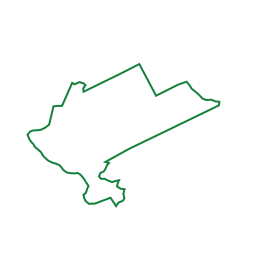 Sete de Setembro, Rio Grande do Sul, Brazil, rotated 244°
{"feature_id": "56859067B16133664835156", "entity_name": "Sete de Setembro", "entity_type": "district", "adm_level": 2, "iso_a3": "BRA", "parent_name": "Brazil", "parent_adm1": "Rio Grande do Sul", "projection": "natural_earth1", "projection_center": [-54.476, -28.157], "detail": "fine", "context": "isolated", "style": "outline", "palette": "green", "viewbox_px": 256, "rotation_deg": 244, "n_neighbors": 0, "source": "geoboundaries", "source_scale": "gbopen_adm2", "svg_char_len": 1148}
<svg xmlns="http://www.w3.org/2000/svg" viewBox="0 0 256 256"><g transform="rotate(244 128 128)"><path d="M87.4,58.6L84.3,58.0L81.3,57.8L77.0,59.6L74.5,65.3L73.8,73.7L73.4,76.9L73.0,81.7L63.0,83.1L65.1,86.6L64.9,91.6L66.5,94.0L71.0,95.0L74.5,98.1L76.7,94.7L80.2,92.5L83.1,94.7L85.0,97.0L85.8,93.8L86.4,90.0L89.6,87.0L92.7,84.6L94.3,81.4L97.2,80.7L99.7,83.4L99.6,87.2L101.2,89.9L103.7,92.7L104.9,95.5L107.4,92.8L108.8,120.4L108.6,165.8L108.5,219.6L111.5,221.6L113.5,218.4L117.0,215.1L118.7,210.9L121.7,207.9L126.6,206.4L130.7,204.7L135.3,202.5L139.7,202.0L143.9,200.9L145.0,192.0L144.7,167.4L180.5,166.2L180.4,160.2L180.1,143.8L180.1,104.0L183.3,105.1L185.2,108.6L187.8,107.5L190.5,104.5L190.7,99.2L193.0,97.6L176.8,78.4L178.8,74.4L180.1,70.5L165.6,58.6L164.6,53.9L164.6,49.0L166.1,44.5L167.4,41.7L167.7,38.5L166.0,34.8L160.8,34.4L157.3,35.1L154.8,35.9L152.0,36.0L147.3,38.0L144.4,39.2L141.2,39.4L138.6,40.0L133.6,42.0L130.0,44.9L127.2,47.9L124.6,50.1L121.6,50.9L118.5,51.5L115.1,53.3L112.8,56.1L110.7,59.9L109.7,63.0L106.9,64.8L102.4,66.0L97.6,66.5L93.2,67.1L91.4,64.8L88.2,61.8L87.4,58.6Z" fill="none" stroke="#15803d" stroke-width="2"/></g></svg>